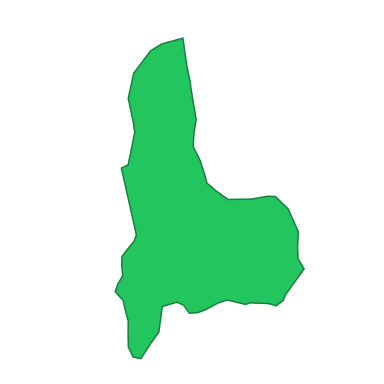 Taebaek-si, Gangwon, South Korea (Robinson projection), rotated 348°
{"feature_id": "91817680B55715776787208", "entity_name": "Taebaek-si", "entity_type": "district", "adm_level": 2, "iso_a3": "KOR", "parent_name": "South Korea", "parent_adm1": "Gangwon", "projection": "robinson", "projection_center": [128.966, 37.182], "detail": "fine", "context": "isolated", "style": "filled", "palette": "green", "viewbox_px": 384, "rotation_deg": 348, "n_neighbors": 0, "source": "geoboundaries", "source_scale": "gbopen_adm2", "svg_char_len": 929}
<svg xmlns="http://www.w3.org/2000/svg" viewBox="0 0 384 384"><g transform="rotate(348 192 192)"><path d="M127.9,154.0L128.6,215.1L128.6,222.7L128.0,223.6L125.3,227.8L116.0,235.4L110.1,240.5L108.1,248.8L106.8,259.6L100.2,266.6L96.2,273.6L102.1,283.8L102.1,291.5L102.8,304.9L100.1,317.0L97.5,330.3L100.1,341.2L106.3,343.9L107.4,344.4L120.0,331.6L130.5,322.1L139.1,297.9L154.3,296.6L160.3,301.0L164.2,310.0L172.8,311.2L180.8,310.0L194.0,306.1L203.9,304.9L221.1,313.1L225.7,312.5L243.6,317.0L250.8,320.8L258.8,317.0L262.1,311.9L285.7,290.5L281.9,279.4L283.9,267.3L287.8,253.3L282.5,228.4L272.6,213.8L265.3,211.9L248.8,211.3L225.7,206.8L215.8,196.0L208.5,186.4L207.9,176.9L206.5,162.9L202.6,147.7L206.5,133.7L211.1,122.2L212.5,91.1L213.1,84.1L213.1,68.8L215.1,39.6L193.3,40.9L180.8,45.3L159.6,63.8L149.1,87.3L149.1,111.4L148.4,121.6L140.5,140.0L135.2,152.1L127.9,154.0Z" fill="#22c55e" stroke="#15803d" stroke-width="1.5"/></g></svg>